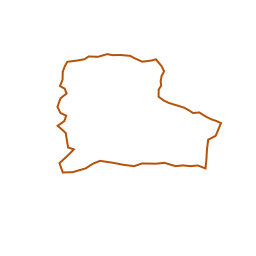 Agios Andronikos Trikomou, Cyprus, rotated 123°
{"feature_id": "46923920B63709506451414", "entity_name": "Agios Andronikos Trikomou", "entity_type": "district", "adm_level": 2, "iso_a3": "CYP", "parent_name": "Cyprus", "parent_adm1": "", "projection": "robinson", "projection_center": [33.858, 35.342], "detail": "fine", "context": "isolated", "style": "outline", "palette": "amber", "viewbox_px": 256, "rotation_deg": 123, "n_neighbors": 0, "source": "geoboundaries", "source_scale": "gbopen_adm2", "svg_char_len": 996}
<svg xmlns="http://www.w3.org/2000/svg" viewBox="0 0 256 256"><g transform="rotate(123 128 128)"><path d="M73.2,52.7L74.0,57.7L75.3,62.8L76.1,69.5L76.1,76.6L80.0,81.6L80.0,87.1L80.4,92.1L81.7,96.7L84.7,107.2L85.5,113.1L85.1,119.4L79.1,123.2L74.4,123.2L71.0,126.1L65.9,128.2L60.8,128.6L57.8,133.6L56.4,138.3L56.2,138.7L55.2,142.0L58.6,145.0L64.6,152.1L65.9,160.5L66.3,165.5L71.0,174.3L75.3,180.6L77.4,185.7L84.7,192.0L87.2,196.2L89.4,199.9L94.1,202.0L99.2,207.5L105.6,215.0L110.7,214.6L116.3,213.4L123.1,209.2L129.9,207.9L129.5,202.5L132.5,198.3L139.8,200.8L148.7,198.7L152.2,192.8L151.3,186.5L156.9,185.2L164.5,188.2L165.4,181.5L166.2,177.3L170.1,173.9L177.0,167.6L175.4,161.8L182.1,163.1L194.8,166.3L200.8,158.5L195.4,150.6L184.8,141.4L177.4,138.2L170.8,133.6L165.4,121.8L161.4,111.9L156.7,102.1L150.1,96.9L142.7,85.1L137.4,78.5L134.1,67.4L129.4,61.5L126.0,54.9L121.4,49.0L119.7,41.0L112.4,44.7L103.5,49.8L94.1,54.4L86.8,50.2L73.2,52.7Z" fill="none" stroke="#b45309" stroke-width="2"/></g></svg>